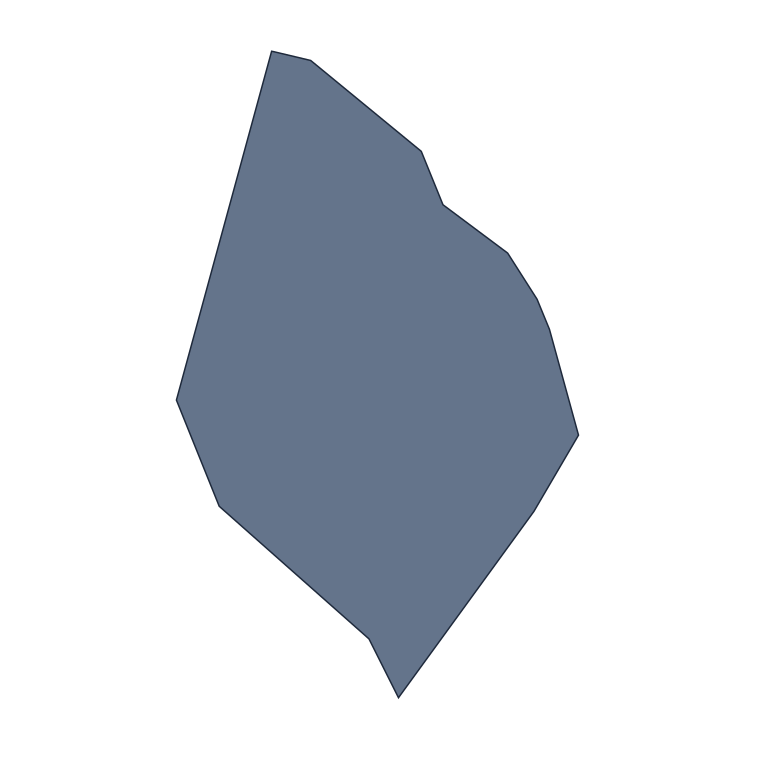 SVG path tracing the border of Rogatec, rotated 101°
{"feature_id": "SVN-983", "entity_name": "Rogatec", "entity_type": "Municipality", "adm_level": 1, "iso_a3": "SVN", "parent_name": "Slovenia", "parent_adm1": "", "projection": "orthographic", "projection_center": [15.736, 46.238], "detail": "fine", "context": "isolated", "style": "filled", "palette": "slate", "viewbox_px": 768, "rotation_deg": 101, "n_neighbors": 0, "source": "natural_earth", "source_scale": "10m", "svg_char_len": 360}
<svg xmlns="http://www.w3.org/2000/svg" viewBox="0 0 768 768"><g transform="rotate(101 384 384)"><path d="M689.2,309.9L637.1,350.1L535.5,522.4L439.4,584.7L78.8,557.8L78.8,556.1L80.4,517.7L148.5,391.8L196.8,360.3L231.9,287.6L271.6,249.9L298.8,232.0L397.1,183.3L480.4,212.5L686.1,308.5L689.2,309.9Z" fill="#64748b" stroke="#1e293b" stroke-width="1.5"/></g></svg>